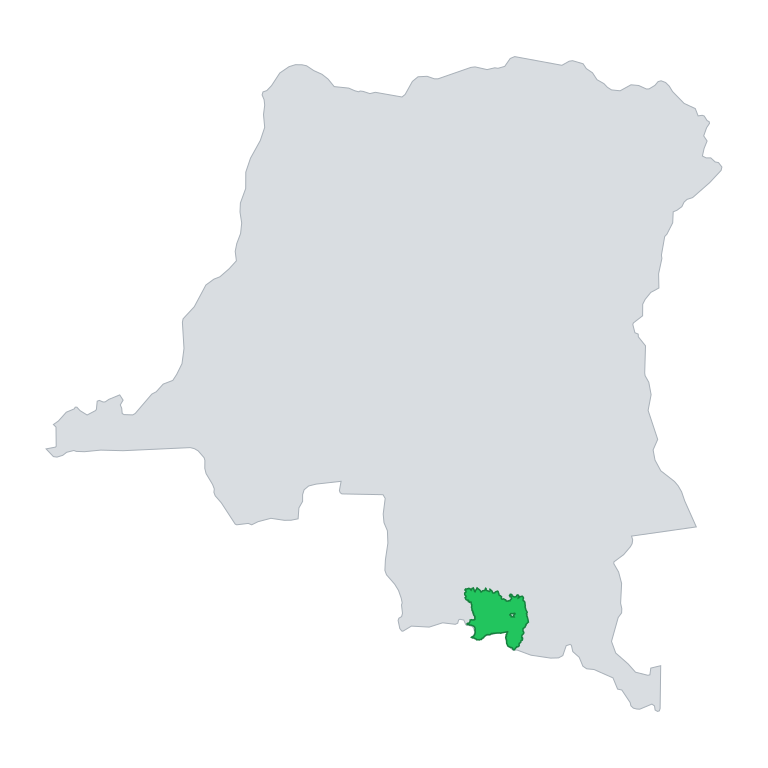 Mutshatsha, Katanga, Democratic Republic of the Congo (highlighted)
{"feature_id": "63176286B57018267641486", "entity_name": "Mutshatsha", "entity_type": "district", "adm_level": 2, "iso_a3": "COD", "parent_name": "Democratic Republic of the Congo", "parent_adm1": "Katanga", "projection": "albers", "projection_center": [25.024, -10.86], "detail": "fine", "context": "in_parent", "style": "filled", "palette": "green", "viewbox_px": 768, "rotation_deg": 0, "n_neighbors": 0, "source": "geoboundaries", "source_scale": "gbopen_adm2", "svg_char_len": 9487}
<svg xmlns="http://www.w3.org/2000/svg" viewBox="0 0 768 768"><path d="M696.3,526.9L631.5,536.1L632.7,539.8L632.1,543.7L630.4,546.7L623.7,554.6L613.9,561.9L613.8,563.7L618.6,572.0L621.6,583.4L620.6,603.3L621.8,608.7L621.6,612.9L618.2,617.5L611.5,641.4L615.7,653.0L628.2,664.0L635.5,672.2L647.9,675.3L649.9,674.8L650.8,668.1L660.7,665.7L660.1,708.5L659.3,710.9L657.5,711.4L655.1,710.0L654.5,705.9L651.9,704.1L639.7,709.2L636.6,709.0L633.3,708.1L630.9,705.8L630.2,702.6L621.8,690.0L617.6,689.1L613.0,677.9L594.0,669.5L586.7,668.8L582.9,666.2L579.2,657.3L572.8,651.6L571.4,645.3L570.1,644.4L566.2,645.7L562.8,655.6L558.5,657.9L550.6,658.1L531.0,655.2L517.0,650.0L513.3,650.3L507.7,645.7L505.4,638.0L506.7,632.1L505.6,631.2L484.2,636.2L479.0,639.2L474.2,638.5L472.7,636.9L474.8,632.8L473.7,628.4L472.1,626.3L465.8,624.7L463.8,620.0L459.9,619.3L458.6,620.0L457.7,623.2L455.3,624.3L442.6,622.8L429.2,627.1L411.4,626.1L402.9,631.2L401.7,631.0L399.8,628.5L398.1,620.4L398.9,618.2L401.6,616.6L402.5,613.3L401.5,604.9L402.2,602.9L401.2,598.1L398.5,590.4L394.7,584.2L386.5,574.8L384.9,570.4L385.4,559.9L387.9,543.1L387.4,530.7L384.0,522.7L383.2,514.0L385.2,498.4L383.0,494.7L341.9,493.9L340.2,492.7L339.4,490.6L341.1,481.3L316.1,484.1L308.6,486.0L304.1,489.8L302.6,494.6L302.6,501.4L298.9,507.9L298.1,518.8L291.2,520.2L284.3,520.3L270.9,518.3L258.0,521.7L251.7,524.8L248.3,523.4L236.7,524.8L235.2,524.1L221.3,502.8L215.2,495.8L213.9,492.3L214.3,488.9L212.6,484.5L206.1,473.6L204.8,468.4L204.9,460.4L204.1,457.7L198.2,450.9L194.5,448.7L190.3,447.6L123.0,450.7L100.7,450.1L84.5,451.7L76.3,451.4L73.9,450.5L66.6,452.3L62.8,455.3L57.0,457.1L53.4,456.6L46.1,448.9L55.5,447.1L56.2,446.3L56.0,427.1L53.4,424.5L58.4,421.0L66.3,412.2L74.2,408.9L75.2,407.2L76.9,407.2L80.0,410.6L87.1,415.0L95.5,410.6L96.4,409.4L97.2,401.2L99.3,400.4L103.1,402.0L105.2,401.9L108.8,399.4L119.7,394.9L123.1,400.1L120.3,404.9L121.7,408.2L122.2,413.5L124.0,414.6L132.7,414.9L135.2,413.5L151.8,394.1L156.2,391.8L163.2,384.1L172.8,380.4L176.7,374.4L182.0,363.7L184.0,348.5L182.4,322.3L183.1,318.8L194.3,306.7L205.9,285.0L213.8,279.2L219.9,276.8L229.1,268.8L236.4,260.8L235.2,251.4L236.8,243.5L240.6,233.5L241.7,223.0L240.0,212.0L240.4,203.0L245.7,188.5L245.8,172.1L250.5,158.2L260.3,140.5L264.7,127.4L263.5,114.6L264.7,105.2L264.1,99.7L262.1,94.9L263.0,91.9L266.8,90.6L271.5,85.7L279.8,73.0L289.0,66.7L295.4,64.7L302.1,64.8L306.6,65.8L313.8,70.6L322.0,74.3L328.1,79.1L334.2,86.6L348.7,88.1L354.9,90.8L358.7,91.8L360.1,91.0L363.1,91.4L369.9,93.6L375.3,92.3L402.0,97.0L405.1,94.5L412.4,81.4L418.0,76.8L427.1,76.3L434.3,78.8L438.1,78.8L470.9,67.4L475.1,66.9L487.1,69.6L494.8,67.8L498.0,68.3L504.7,66.4L510.2,58.5L514.7,56.6L561.9,65.3L569.2,61.2L572.6,60.7L583.1,63.8L586.3,68.6L592.5,72.8L597.0,79.7L603.9,83.6L607.4,87.3L611.5,89.9L620.1,90.8L631.0,84.8L638.7,85.5L646.4,89.0L649.1,88.9L654.9,85.4L658.1,81.6L661.1,80.8L665.6,82.5L669.3,86.2L672.5,91.5L684.1,103.4L695.3,108.6L698.1,115.9L702.2,115.3L704.2,116.0L707.1,120.6L709.1,121.6L709.5,123.4L706.6,127.7L703.7,135.9L707.1,141.0L704.1,148.4L702.4,156.0L706.1,157.9L710.8,157.9L715.1,161.9L718.5,162.6L721.9,167.0L721.1,170.4L709.7,182.6L692.6,197.6L687.0,199.4L684.0,202.2L681.9,206.6L676.9,210.3L673.2,211.8L672.7,222.8L666.9,234.2L664.7,236.5L661.4,255.2L661.9,258.4L658.6,273.7L658.9,288.0L650.8,292.4L645.2,299.3L642.7,304.2L642.6,315.8L633.4,322.9L632.8,324.5L634.9,332.7L638.2,334.1L638.3,336.8L645.5,345.8L644.7,373.0L645.1,375.7L648.8,382.3L651.1,394.7L648.1,410.4L657.7,439.4L653.1,449.9L655.0,460.1L660.8,470.8L674.5,481.5L678.2,485.9L681.6,491.8L684.7,500.9L696.3,526.9Z" fill="#d9dde1" stroke="#a8b0b8" stroke-width="1"/><path d="M467.2,624.6L467.6,624.4L468.1,624.3L468.9,624.6L469.9,625.2L471.0,625.0L472.4,625.6L473.0,625.7L474.4,626.7L475.2,628.4L475.0,629.0L475.2,629.4L474.9,629.8L474.9,630.4L475.2,630.8L475.3,632.1L475.1,633.1L474.8,634.2L474.1,635.7L473.4,636.1L473.1,636.4L471.8,637.0L471.5,637.1L471.3,637.4L471.5,637.5L472.1,637.5L472.4,637.6L472.7,638.0L473.1,638.0L473.7,637.9L474.0,637.9L474.9,638.4L475.1,638.8L475.8,638.8L476.2,639.1L476.5,639.7L476.9,639.9L477.5,639.7L478.0,639.7L478.5,639.7L479.2,640.0L479.7,639.6L480.1,639.5L481.4,639.5L481.6,639.4L481.8,638.8L482.2,638.2L483.0,638.1L483.6,637.7L484.2,636.7L485.2,635.8L486.6,634.8L487.2,634.6L488.4,634.6L489.4,634.7L490.2,634.6L491.1,633.9L491.3,633.5L491.6,633.4L492.3,633.6L493.2,633.3L494.2,633.3L496.0,633.1L496.8,633.0L497.3,632.9L497.7,633.0L498.9,633.0L499.2,632.9L500.1,633.0L500.3,633.2L501.0,633.2L501.4,632.8L502.8,632.7L507.6,631.7L507.7,631.9L507.2,632.4L507.0,633.1L507.0,633.6L506.8,634.3L506.4,634.6L506.1,635.0L506.4,635.6L506.5,636.2L506.1,636.7L505.8,636.9L505.7,637.5L506.6,640.2L506.6,642.3L506.7,643.6L507.2,644.3L507.4,644.7L507.6,645.7L508.5,646.5L509.4,646.8L510.7,647.5L511.4,647.5L512.0,647.7L512.5,648.2L512.9,649.2L513.2,649.5L514.0,649.8L514.2,649.6L514.4,649.6L514.7,649.4L515.0,648.9L515.4,648.5L515.6,648.0L516.3,647.5L516.6,646.8L516.7,646.7L517.4,646.9L517.7,646.7L518.3,646.6L518.9,646.1L519.2,645.6L519.0,644.6L519.4,643.6L519.3,643.4L519.6,643.3L519.9,643.1L520.0,642.8L520.8,642.2L521.0,640.6L521.2,640.4L521.7,640.2L521.9,640.1L522.2,640.2L522.4,639.9L522.5,639.5L522.4,639.0L522.5,638.9L522.6,638.6L522.6,638.1L522.5,637.9L522.3,638.0L521.9,638.0L521.8,637.9L522.0,637.6L521.8,637.3L521.7,637.2L521.8,636.7L521.8,635.7L522.3,634.8L523.4,633.8L523.8,633.0L523.8,632.3L523.6,631.9L523.1,631.4L523.0,631.0L523.0,629.5L523.1,628.5L524.3,627.7L525.0,627.2L525.2,626.4L525.6,625.9L526.0,625.2L526.0,624.9L526.1,624.5L526.0,624.4L527.6,622.8L527.8,622.5L528.4,622.1L527.9,619.2L527.7,618.6L527.3,616.8L526.7,616.1L526.9,615.1L526.9,614.5L526.4,613.7L527.1,612.7L527.2,612.2L526.7,611.3L526.0,610.2L525.4,607.9L525.0,607.0L525.0,606.8L525.3,606.2L525.2,605.0L525.0,604.4L525.0,604.2L524.9,603.7L525.0,603.3L524.8,602.1L524.6,601.9L524.5,601.6L524.2,601.3L524.0,601.0L523.3,600.7L523.1,600.5L523.1,599.2L523.2,598.7L523.4,598.4L523.5,598.1L523.4,597.7L523.0,597.0L522.9,596.8L522.3,596.2L522.0,596.2L520.9,596.6L519.8,596.6L519.6,597.0L519.2,597.6L518.8,597.7L518.1,598.1L518.1,597.9L518.3,597.8L518.5,597.3L518.5,596.2L518.6,595.6L518.3,595.2L518.0,595.0L517.8,595.1L517.5,595.0L517.4,595.1L517.2,595.0L516.7,595.5L516.5,596.1L516.2,596.4L516.1,596.7L515.9,596.7L515.7,596.8L515.3,596.8L515.0,596.9L514.7,596.9L514.6,597.0L514.4,597.0L514.0,596.9L513.4,596.4L512.7,596.3L512.4,596.2L512.0,595.8L512.0,595.5L512.1,595.3L511.9,594.7L511.1,594.3L510.3,594.3L510.0,594.9L509.5,595.4L509.5,595.7L509.6,595.9L509.9,596.0L510.1,596.0L510.1,596.7L510.6,596.7L511.2,597.2L511.3,597.5L511.4,598.1L511.6,598.3L511.4,598.8L510.2,600.1L510.0,600.4L510.0,600.7L509.1,600.7L508.8,600.7L508.1,601.2L507.8,601.0L507.2,601.1L506.7,601.2L506.1,600.9L506.0,600.7L506.0,600.4L505.8,600.0L505.6,599.8L504.7,599.7L504.4,599.3L503.7,598.9L503.4,598.9L503.0,599.1L502.5,599.1L502.3,599.2L501.8,599.1L501.4,598.5L501.3,598.0L501.4,597.4L501.6,596.9L501.5,596.7L500.3,595.7L499.8,595.6L499.6,595.3L499.3,595.2L498.9,594.8L498.9,593.8L498.6,593.1L498.3,592.2L498.1,591.5L497.6,591.1L497.0,591.4L496.6,591.4L495.5,591.9L495.0,592.4L494.8,592.8L493.2,593.1L492.7,592.8L492.3,591.9L492.2,591.5L491.8,590.8L490.6,589.9L490.2,589.4L489.9,589.3L489.9,589.5L490.2,589.8L490.3,590.3L490.2,590.7L489.8,591.0L489.5,591.4L489.2,591.5L488.0,590.9L487.0,590.7L486.5,590.1L486.3,589.9L486.2,589.7L486.0,589.2L486.1,588.7L485.7,588.3L485.5,588.7L485.2,589.1L485.1,589.3L485.3,589.8L485.0,590.3L484.3,590.6L483.3,590.6L482.6,590.8L482.0,591.3L481.5,591.9L481.0,592.0L480.8,591.8L480.4,590.9L479.8,590.1L478.3,588.9L477.5,588.4L477.3,588.0L477.1,587.9L477.0,588.2L476.8,588.5L476.6,589.1L475.3,590.7L475.2,591.2L475.3,592.4L475.1,591.8L474.5,591.3L474.5,590.5L474.3,590.1L474.0,589.9L473.9,589.6L473.9,589.3L473.4,588.0L473.1,588.2L472.4,588.2L472.2,588.3L471.6,589.2L471.2,589.4L471.2,589.5L471.3,589.8L471.1,590.2L470.8,589.9L470.6,589.6L470.2,589.1L470.1,588.8L468.8,588.3L468.5,588.4L468.1,588.8L467.3,588.7L467.1,588.9L466.7,589.1L466.4,589.1L465.7,588.9L465.2,589.5L464.9,590.0L465.0,590.1L465.8,590.5L466.0,591.9L465.9,592.1L464.9,592.8L464.7,593.0L464.7,594.3L464.9,594.9L465.1,595.1L465.3,595.5L465.6,595.7L466.0,596.2L465.8,597.1L465.7,597.5L465.1,597.8L465.5,598.3L465.6,598.9L466.2,599.7L466.6,599.9L466.8,599.9L467.2,600.2L468.1,600.1L468.3,600.3L468.5,600.5L468.2,601.3L468.4,601.7L469.3,601.6L469.5,601.9L469.6,602.3L470.0,602.2L470.3,602.0L470.7,602.0L471.1,602.1L471.2,602.6L471.2,603.9L471.8,604.7L471.7,606.0L471.8,606.3L471.5,606.9L471.5,607.6L471.9,608.3L472.1,609.5L471.9,609.8L472.1,610.1L472.0,610.3L472.1,610.6L472.4,610.7L472.5,610.8L472.4,610.9L472.6,611.2L472.9,611.5L473.0,611.7L472.9,612.4L473.1,612.3L473.2,612.5L473.6,613.6L473.6,614.1L473.5,614.7L473.7,615.0L473.8,615.0L473.9,615.3L474.0,615.4L474.3,615.8L474.7,616.0L474.8,616.2L474.7,616.4L474.7,616.6L475.0,617.0L474.8,617.2L474.9,617.7L474.8,617.9L474.7,618.2L475.1,619.0L474.9,619.4L474.5,619.7L473.8,620.0L473.3,619.8L472.8,619.9L472.2,620.0L471.9,619.9L471.7,619.7L470.5,620.0L470.2,620.0L470.2,620.7L470.0,621.5L469.4,622.9L469.0,623.1L467.9,623.2L467.3,623.5L467.0,623.8L467.2,624.6ZM515.0,613.6L514.7,614.4L514.6,614.5L514.1,614.6L513.9,615.2L513.5,615.8L514.1,616.9L511.2,616.8L511.2,615.9L510.6,615.4L509.9,615.1L509.8,614.8L510.0,614.6L510.3,614.5L510.6,614.1L510.7,613.6L511.4,613.5L511.9,613.7L513.6,613.5L514.2,613.3L514.7,613.3L515.0,613.6Z" fill="#22c55e" stroke="#15803d" stroke-width="1.5"/></svg>